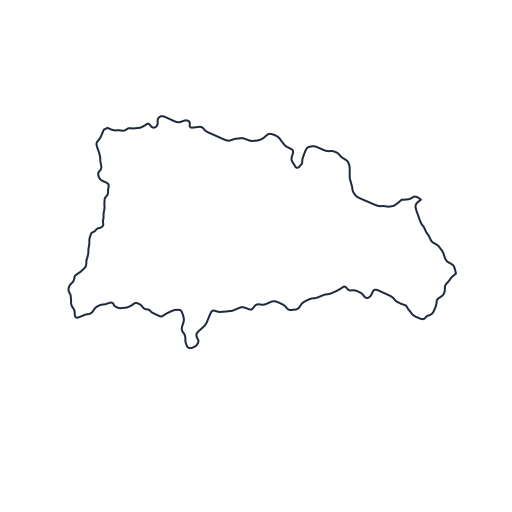 Jarabacoa, La Vega, Dominican Republic (Natural Earth projection), rotated 203°
{"feature_id": "3306468B89107795210133", "entity_name": "Jarabacoa", "entity_type": "district", "adm_level": 2, "iso_a3": "DOM", "parent_name": "Dominican Republic", "parent_adm1": "La Vega", "projection": "natural_earth1", "projection_center": [-70.715, 19.099], "detail": "fine", "context": "isolated", "style": "outline", "palette": "slate", "viewbox_px": 512, "rotation_deg": 203, "n_neighbors": 0, "source": "geoboundaries", "source_scale": "gbopen_adm2", "svg_char_len": 6114}
<svg xmlns="http://www.w3.org/2000/svg" viewBox="0 0 512 512"><g transform="rotate(203 256 256)"><path d="M143.8,364.9L145.4,361.6L147.9,357.3L149.0,355.9L152.3,353.7L153.4,353.1L158.2,351.8L161.4,350.3L163.4,349.8L166.2,349.6L182.7,349.7L186.2,350.0L187.5,350.4L188.6,350.9L191.5,352.9L192.7,354.1L194.7,357.4L199.8,363.8L200.5,365.1L204.4,374.2L205.6,376.0L207.5,378.0L208.6,378.8L209.9,379.4L216.0,380.4L220.5,382.5L222.5,382.8L225.3,382.7L227.3,382.3L230.5,380.7L232.5,380.2L235.3,380.0L242.5,380.1L245.3,379.8L247.1,379.0L250.3,376.8L251.0,375.8L251.4,374.5L251.6,372.3L251.6,370.0L251.3,364.6L250.9,362.5L249.9,359.7L249.9,358.6L250.2,357.5L250.9,355.4L251.7,353.9L252.5,353.3L253.6,353.1L254.7,353.6L257.1,355.4L259.2,356.7L260.1,357.5L260.9,358.5L261.7,360.4L262.1,364.7L262.4,366.0L263.0,367.2L263.5,367.6L264.0,367.9L265.2,368.2L270.5,368.6L272.5,369.0L277.8,371.9L280.4,373.5L282.2,374.2L285.7,374.6L289.1,374.4L291.1,373.8L292.5,372.7L293.5,371.1L294.6,368.7L295.6,367.0L297.4,364.8L299.5,363.0L304.3,360.5L305.5,360.0L307.5,359.7L313.0,359.5L315.0,359.0L320.3,356.1L321.4,355.4L325.0,352.2L326.1,351.5L327.4,351.1L329.5,350.8L331.6,350.8L348.8,351.1L351.6,351.5L354.7,353.0L356.4,353.4L358.2,353.0L364.7,349.3L365.7,348.9L366.2,348.9L367.2,349.1L367.9,349.8L368.7,352.1L369.2,353.0L370.1,353.7L371.8,353.9L372.9,353.7L374.1,353.2L375.1,352.4L378.1,349.7L379.3,349.0L380.5,348.5L382.4,348.2L384.3,348.2L394.1,348.5L395.4,348.4L396.7,348.1L397.4,347.9L398.4,347.2L399.1,346.2L399.7,345.1L399.8,343.7L399.6,342.5L398.4,339.9L398.1,338.7L398.0,338.0L398.2,336.7L398.4,336.1L399.1,335.1L400.0,334.3L401.1,334.0L402.3,334.0L403.3,334.4L405.5,335.6L406.6,335.7L407.1,335.6L407.9,335.0L409.5,332.6L410.7,331.0L412.2,329.4L413.2,328.5L419.1,325.3L421.9,324.4L422.9,324.0L423.7,323.3L425.3,321.0L426.2,320.1L427.1,319.5L428.3,319.0L431.8,318.0L434.5,316.7L435.6,316.3L438.2,315.9L442.8,315.9L445.4,312.9L445.5,304.7L445.9,302.0L446.9,298.7L446.8,297.5L446.6,296.9L446.0,295.7L445.2,294.6L440.9,289.9L439.1,287.6L437.9,285.8L436.5,282.7L433.4,278.1L432.9,276.8L432.7,275.5L432.8,274.3L433.5,272.3L433.7,271.2L433.4,270.0L432.4,268.3L431.0,266.8L429.3,265.7L427.4,265.2L422.9,265.1L421.2,264.9L420.1,264.5L419.3,263.6L418.8,262.5L418.1,259.4L417.0,256.5L416.7,255.3L416.8,253.3L417.6,250.7L417.7,250.2L417.5,249.1L415.8,244.4L414.1,240.9L412.9,235.5L411.4,231.9L410.3,227.6L409.2,226.0L408.8,225.1L408.8,223.9L408.9,223.3L409.4,222.3L410.5,221.0L412.6,219.4L413.2,218.4L414.1,215.8L414.7,215.0L416.0,213.6L416.5,212.6L416.5,212.1L416.3,208.4L415.9,206.4L415.5,205.1L414.2,202.2L412.9,196.8L411.5,193.2L411.0,191.1L410.3,185.5L409.0,182.0L408.7,180.0L409.0,178.1L411.4,172.8L414.0,168.9L414.8,167.2L414.9,166.1L414.3,163.5L414.2,162.2L414.5,160.4L415.7,157.5L416.0,156.2L416.1,154.8L416.0,153.4L415.3,151.5L414.3,150.0L412.1,148.3L411.3,147.4L409.0,143.1L407.7,140.1L406.6,138.6L405.3,137.4L403.2,136.1L401.9,134.9L400.9,133.4L399.9,131.1L398.9,129.8L398.0,129.2L396.9,129.2L396.3,129.4L395.4,130.1L390.4,135.2L389.3,136.0L387.2,137.2L385.9,138.4L385.2,139.5L384.7,140.7L383.9,144.6L383.4,145.9L382.7,147.2L381.4,148.8L379.4,150.7L376.0,152.6L372.5,155.7L371.5,156.4L370.4,156.7L369.4,156.6L368.6,156.2L367.2,155.0L365.6,154.5L363.1,154.4L361.8,154.6L360.6,154.9L355.2,157.8L354.2,158.6L351.8,161.2L349.1,165.3L348.1,165.9L346.9,166.2L345.1,166.2L343.2,166.0L342.0,165.6L339.5,164.2L338.4,163.9L336.7,163.9L334.8,164.5L333.8,164.7L332.9,164.5L330.3,163.5L329.1,163.3L325.9,163.1L320.5,163.0L319.6,163.4L318.7,164.0L316.7,167.0L315.1,169.1L311.3,173.2L310.3,174.1L309.2,174.8L305.7,176.5L304.6,176.6L303.5,176.3L302.1,175.2L300.2,173.2L298.5,171.0L297.5,169.2L296.9,167.2L296.5,162.2L296.2,160.9L295.7,159.6L295.0,158.6L293.7,157.4L291.6,156.2L290.3,155.0L289.3,153.5L288.2,151.1L287.6,149.8L286.3,148.1L284.9,146.6L283.9,145.7L282.7,145.3L281.4,145.2L280.8,145.4L279.6,146.0L278.5,146.9L276.7,149.0L275.7,150.9L275.5,152.3L275.5,154.3L275.9,155.5L276.6,156.4L278.3,157.6L279.4,158.9L280.0,160.0L280.2,160.6L280.2,162.0L279.7,163.8L276.2,171.3L275.8,172.6L275.5,174.1L275.4,176.4L275.5,184.0L275.4,186.2L275.2,187.5L274.6,188.6L273.6,189.3L272.5,189.5L269.5,189.8L267.7,190.2L261.8,193.2L259.2,194.8L257.0,195.9L256.0,196.7L250.7,202.1L249.7,202.9L248.6,203.6L246.7,204.0L241.1,204.3L239.5,204.8L239.1,205.2L238.5,206.2L237.6,209.7L237.0,210.8L236.2,211.7L234.7,212.6L231.1,213.6L229.4,214.5L227.9,215.8L224.2,219.7L223.2,220.6L222.0,221.3L220.8,221.7L218.9,222.0L215.6,222.0L212.3,221.8L209.8,221.3L206.7,219.8L205.6,219.4L204.4,219.4L203.2,219.7L198.6,222.2L197.6,223.0L196.5,224.5L196.1,225.7L195.3,229.7L194.8,231.0L193.7,232.8L192.0,234.9L190.1,236.9L188.6,238.3L187.5,239.0L185.3,240.2L183.7,241.3L177.9,247.1L176.9,247.8L174.1,249.4L172.5,250.7L168.1,255.4L165.5,258.8L163.5,261.8L163.1,262.2L162.2,262.5L161.1,262.4L158.3,261.1L156.6,260.9L155.5,261.2L153.0,262.5L151.8,262.9L149.2,263.2L146.6,263.1L144.6,262.9L143.4,262.6L139.8,260.7L138.6,260.5L137.4,260.7L136.9,261.0L136.0,261.8L135.1,263.4L134.7,265.4L134.5,269.3L134.1,270.5L133.8,271.0L133.3,271.4L132.2,271.9L131.0,272.1L129.0,272.1L116.3,271.7L113.6,271.1L110.4,269.5L108.4,269.0L104.2,268.7L98.6,269.0L94.6,266.2L92.3,265.1L89.8,263.6L88.6,263.1L87.2,262.8L85.2,262.5L80.4,262.5L78.5,262.8L77.4,263.2L76.9,263.6L76.3,264.6L75.6,266.6L75.1,267.6L73.2,269.3L72.0,270.7L71.4,271.8L71.0,273.2L70.8,274.8L70.8,279.4L71.1,281.7L71.4,283.1L72.1,285.3L72.2,286.4L72.1,287.0L71.6,288.1L69.1,292.0L68.6,293.3L68.4,294.7L68.4,296.1L68.6,297.4L69.0,298.7L69.9,300.9L70.2,302.1L70.2,303.5L69.8,305.3L68.7,308.2L68.0,311.6L67.6,312.9L65.1,318.0L67.8,321.7L69.1,323.1L70.5,324.3L72.3,324.9L77.3,325.5L79.1,326.2L80.7,327.4L84.9,332.0L86.4,333.3L91.7,336.4L93.5,337.0L98.6,337.6L100.3,338.2L101.8,339.4L105.1,342.3L107.8,343.9L108.8,344.6L113.0,348.4L115.8,349.9L117.2,351.0L119.5,353.3L126.3,360.7L127.5,362.2L128.5,363.8L128.9,365.6L128.7,367.2L128.3,368.4L127.1,370.6L126.3,372.2L128.0,372.8L129.9,373.1L131.7,373.1L132.8,372.9L133.8,372.3L134.2,371.9L135.8,369.6L137.5,368.0L142.1,365.4L143.8,364.9Z" fill="none" stroke="#1e293b" stroke-width="2"/></g></svg>